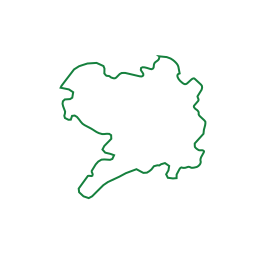 an SVG outline of Vukovarsko-Srijemska, rotated 129°
{"feature_id": "HRV-1605", "entity_name": "Vukovarsko-Srijemska", "entity_type": "County", "adm_level": 1, "iso_a3": "HRV", "parent_name": "Croatia", "parent_adm1": "", "projection": "orthographic", "projection_center": [18.849, 45.171], "detail": "fine", "context": "isolated", "style": "outline", "palette": "green", "viewbox_px": 256, "rotation_deg": 129, "n_neighbors": 0, "source": "natural_earth", "source_scale": "10m", "svg_char_len": 2650}
<svg xmlns="http://www.w3.org/2000/svg" viewBox="0 0 256 256"><g transform="rotate(129 128 128)"><path d="M73.1,155.6L71.6,154.9L70.4,153.2L69.4,151.1L68.1,147.8L67.4,146.6L66.0,146.0L64.8,146.2L62.3,147.8L61.1,148.2L59.7,148.2L56.8,147.4L55.3,147.3L52.7,148.4L52.7,148.9L48.5,142.5L47.2,138.6L46.9,136.0L46.9,133.9L47.1,131.9L47.4,130.3L47.9,128.8L48.7,127.4L53.1,122.2L54.4,122.9L55.2,123.0L56.2,122.6L57.0,121.8L57.9,120.0L58.3,118.6L58.6,117.0L58.7,113.8L58.5,112.3L58.1,111.3L57.2,110.5L56.1,110.1L50.1,109.2L49.2,108.9L48.3,108.4L47.9,107.9L47.8,107.6L47.8,106.6L48.3,99.3L48.4,98.3L48.8,97.0L50.0,95.8L51.9,94.9L59.7,93.9L60.5,92.8L61.0,91.8L61.7,90.9L62.7,90.5L69.1,90.7L69.8,90.4L70.3,89.8L70.7,88.2L70.7,86.9L70.6,85.7L70.7,84.7L70.9,83.8L71.2,83.2L71.6,82.7L72.9,81.7L73.3,80.9L73.6,79.7L74.0,73.7L74.2,72.7L74.4,71.9L75.5,70.9L77.3,69.8L81.6,67.9L85.0,65.7L98.0,66.4L99.5,65.2L100.6,64.1L100.9,62.6L100.9,61.1L100.7,59.2L100.4,58.6L100.1,58.1L98.7,56.5L98.3,55.8L98.2,55.2L98.2,54.5L98.6,54.0L99.7,53.7L104.7,52.8L106.3,52.2L107.4,51.5L108.4,50.3L109.1,49.8L110.1,49.4L111.2,49.2L113.3,49.4L115.0,50.0L117.3,51.8L118.4,52.9L119.0,53.7L119.2,54.3L119.5,55.5L119.8,56.1L120.2,56.7L120.8,57.1L122.8,58.4L123.3,58.9L124.2,59.9L124.5,60.5L124.8,61.0L125.0,61.6L125.9,62.1L127.5,62.1L133.6,60.9L136.4,58.7L138.9,61.3L141.6,65.7L140.0,69.2L135.5,69.9L131.6,72.1L132.0,77.2L135.2,79.4L135.4,79.5L137.4,80.1L138.5,81.7L141.4,83.8L145.5,83.7L148.0,84.2L150.8,85.2L153.2,87.8L153.7,90.2L154.7,95.5L164.4,101.2L171.3,104.1L182.6,109.6L187.9,111.2L203.7,112.9L207.2,114.4L209.1,119.6L208.7,125.5L206.7,127.6L206.1,128.2L190.6,129.0L189.8,128.4L188.3,126.1L187.5,125.7L186.2,126.3L185.5,127.4L185.0,128.5L184.1,129.2L176.6,130.2L172.8,130.0L169.3,128.7L167.4,126.7L164.0,121.9L161.9,120.7L157.9,121.7L159.2,125.4L161.5,130.2L160.8,134.3L156.9,135.1L146.9,134.2L144.2,136.6L144.4,138.9L145.8,140.8L147.6,142.6L149.0,144.3L150.3,147.4L150.9,149.9L151.6,156.0L153.1,163.5L153.3,166.1L152.9,168.5L152.1,171.6L151.5,174.7L151.9,177.3L153.8,179.1L157.5,177.7L159.1,179.5L159.9,183.3L158.6,185.2L156.5,186.1L154.8,187.2L152.0,192.0L150.4,194.1L148.2,195.4L145.6,195.1L142.0,191.2L139.5,190.4L134.7,193.1L135.2,198.2L139.1,205.7L137.1,206.2L131.7,206.4L116.4,206.8L110.8,204.9L107.8,203.0L103.4,200.1L97.2,193.4L95.3,186.1L96.6,183.7L100.5,180.7L101.0,178.2L100.8,177.3L99.9,176.0L99.5,175.3L99.4,174.6L99.4,173.2L99.3,172.7L98.7,171.1L98.2,170.1L97.5,169.4L96.3,168.9L91.3,168.4L89.2,167.5L87.0,164.9L80.3,151.1L79.4,149.9L78.4,149.3L77.2,149.4L76.2,150.4L75.7,151.9L75.3,153.4L74.8,154.6L73.1,155.6Z" fill="none" stroke="#15803d" stroke-width="2"/></g></svg>